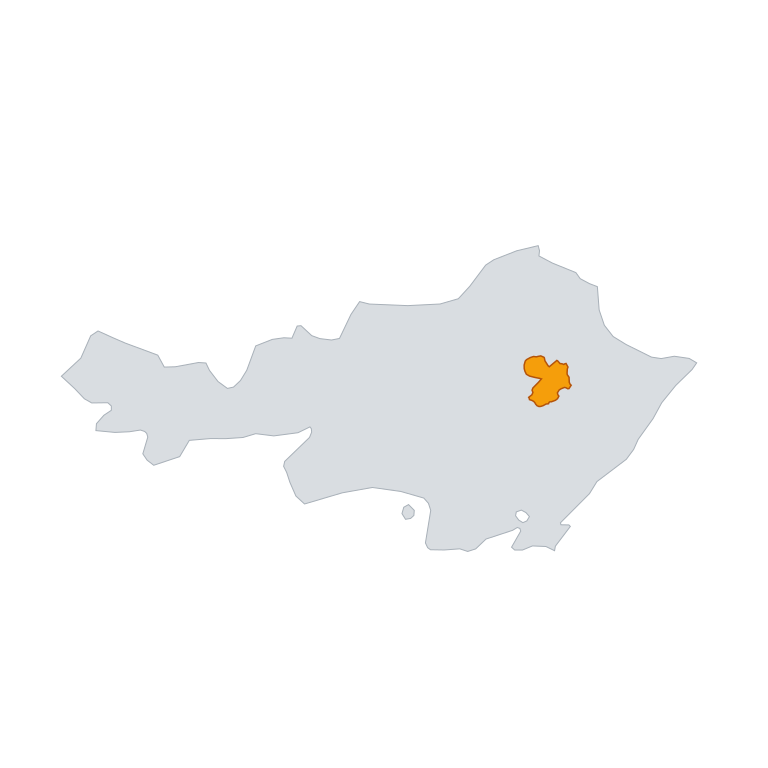 Aragats, Aragatsotn, Armenia shown in context, rotated 136°
{"feature_id": "60910142B99974391467530", "entity_name": "Aragats", "entity_type": "district", "adm_level": 2, "iso_a3": "ARM", "parent_name": "Armenia", "parent_adm1": "Aragatsotn", "projection": "albers", "projection_center": [44.244, 40.628], "detail": "fine", "context": "in_parent", "style": "filled", "palette": "amber", "viewbox_px": 768, "rotation_deg": 136, "n_neighbors": 0, "source": "geoboundaries", "source_scale": "gbopen_adm2", "svg_char_len": 2947}
<svg xmlns="http://www.w3.org/2000/svg" viewBox="0 0 768 768"><g transform="rotate(136 384 384)"><path d="M344.3,460.2L339.0,451.7L312.5,423.9L288.1,402.6L271.3,393.7L254.5,394.7L228.3,398.9L218.7,397.1L195.9,387.6L177.0,376.4L179.6,371.8L183.6,368.5L178.9,354.1L168.6,330.8L169.7,323.5L166.5,313.5L162.9,305.8L177.8,287.8L184.7,273.2L186.2,259.0L182.4,244.2L172.9,217.5L166.9,209.7L155.9,202.3L146.7,190.4L144.4,182.0L152.3,180.4L175.1,180.3L197.2,177.6L214.5,172.2L239.6,167.6L249.9,163.5L262.0,161.5L298.6,165.9L312.3,162.4L353.5,161.6L354.5,159.8L348.9,154.2L348.9,152.1L373.4,148.3L377.1,145.6L380.4,154.6L389.7,164.4L399.8,168.4L405.3,173.8L405.6,178.0L387.8,183.2L386.6,185.7L387.8,188.2L393.1,189.4L418.3,201.6L432.6,201.7L440.1,205.4L444.0,212.8L456.0,222.8L465.7,232.5L466.3,235.9L464.6,240.9L438.2,260.6L434.9,267.3L434.6,274.3L446.6,295.1L464.3,317.7L489.6,334.7L524.5,352.9L525.2,364.6L520.0,378.6L515.4,388.1L513.4,394.5L509.2,397.3L474.7,397.3L469.5,399.6L467.3,402.4L467.1,404.6L479.7,408.7L499.3,423.2L510.8,437.4L522.6,443.5L535.9,454.7L546.6,465.2L563.2,478.7L581.4,473.7L606.1,485.5L607.3,493.8L606.0,501.3L590.8,509.9L589.0,513.3L589.1,516.1L591.2,520.1L600.3,526.5L611.2,536.1L623.6,550.6L618.4,555.2L607.2,556.1L598.4,554.5L595.4,557.6L595.7,562.4L607.4,573.4L609.8,581.5L609.7,595.8L610.7,613.7L584.1,613.2L561.5,622.4L552.9,620.8L546.9,605.7L541.8,593.4L526.7,561.9L530.3,548.8L522.2,541.4L502.5,528.3L497.5,522.8L500.1,515.0L501.7,501.0L499.7,489.6L494.4,486.3L484.8,486.2L473.2,489.2L449.8,500.5L433.4,493.7L423.9,486.8L418.4,480.9L406.2,486.0L403.2,483.6L402.4,469.0L398.6,461.2L391.2,452.1L384.4,447.7L359.4,457.0L344.3,460.2ZM380.9,197.8L381.6,192.5L380.4,187.8L376.4,186.3L371.5,187.6L371.2,192.9L372.8,197.9L377.7,200.1L380.9,197.8ZM461.1,278.3L455.4,281.6L450.1,280.2L450.0,272.1L453.8,268.7L458.2,268.8L462.5,271.7L461.1,278.3Z" fill="#d9dde1" stroke="#a8b0b8" stroke-width="1"/><path d="M250.2,253.1L250.3,254.5L249.5,256.6L248.5,257.7L247.1,259.3L246.2,260.3L245.7,263.4L244.8,264.6L241.8,267.4L240.5,268.1L239.9,268.4L238.8,272.3L239.8,272.9L241.1,273.1L241.5,274.2L242.3,275.4L243.2,276.5L243.0,279.8L243.3,280.9L253.1,281.6L253.3,283.1L252.1,288.9L250.5,291.4L250.4,292.2L251.7,295.3L254.1,296.9L255.2,297.5L255.5,297.7L255.7,297.9L257.3,299.9L260.4,301.4L264.5,302.5L266.4,302.4L270.0,300.3L272.5,297.6L273.8,295.2L274.8,292.1L273.8,288.6L270.9,283.9L269.5,281.9L268.3,280.2L267.2,278.3L268.4,278.2L271.9,277.9L276.3,277.8L279.7,277.7L281.8,276.7L282.7,274.5L285.1,273.5L287.1,273.7L289.2,273.9L289.4,273.0L290.2,271.7L288.9,269.2L288.4,267.3L288.5,265.6L288.9,264.2L288.9,263.5L289.0,262.1L288.2,260.2L287.0,259.1L284.6,257.9L281.3,257.0L279.5,255.6L279.3,255.5L278.2,256.1L277.1,256.0L275.9,254.9L272.0,253.2L269.4,252.9L266.6,253.8L266.4,255.5L265.4,257.2L262.1,258.0L260.1,257.6L256.6,256.2L255.7,254.9L255.1,252.9L254.1,252.2L250.2,253.1Z" fill="#f59e0b" stroke="#b45309" stroke-width="1.5"/></g></svg>